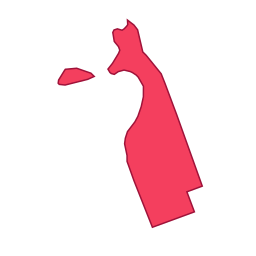 the district of Ottawa, Ohio, United States of America, rotated 250°
{"feature_id": "52423323B40981635802423", "entity_name": "Ottawa", "entity_type": "district", "adm_level": 2, "iso_a3": "USA", "parent_name": "United States of America", "parent_adm1": "Ohio", "projection": "orthographic", "projection_center": [-82.902, 41.591], "detail": "fine", "context": "isolated", "style": "filled", "palette": "rose", "viewbox_px": 256, "rotation_deg": 250, "n_neighbors": 0, "source": "geoboundaries", "source_scale": "gbopen_adm2", "svg_char_len": 926}
<svg xmlns="http://www.w3.org/2000/svg" viewBox="0 0 256 256"><g transform="rotate(250 128 128)"><path d="M156.9,178.0L167.6,177.7L190.2,169.9L194.4,167.9L217.0,170.6L222.7,168.8L229.6,164.4L225.2,163.1L224.1,161.5L222.5,158.3L222.1,156.7L221.9,155.9L224.8,151.9L224.9,148.4L223.0,146.4L214.0,144.7L207.7,146.9L204.3,146.9L203.9,146.9L201.4,144.7L194.1,135.6L190.2,129.3L186.4,130.0L184.9,130.9L183.1,133.5L184.3,138.1L183.8,144.1L180.3,149.4L178.6,151.1L175.0,153.8L172.3,155.0L162.0,156.8L152.0,153.1L143.5,147.7L135.6,141.3L131.4,136.6L124.8,126.3L119.3,122.0L114.3,119.4L102.5,117.7L96.9,115.7L92.2,115.7L76.4,115.6L26.4,117.0L26.5,161.7L47.9,161.5L48.0,177.9L124.4,178.3L132.5,178.2L132.9,178.2L156.9,178.0ZM187.5,106.8L188.0,113.9L192.2,111.9L196.0,107.2L201.7,100.2L204.6,89.2L204.4,88.9L203.7,87.9L196.8,79.2L194.0,77.7L192.5,78.3L189.9,83.6L187.5,106.8Z" fill="#f43f5e" stroke="#9f1239" stroke-width="1.5"/></g></svg>